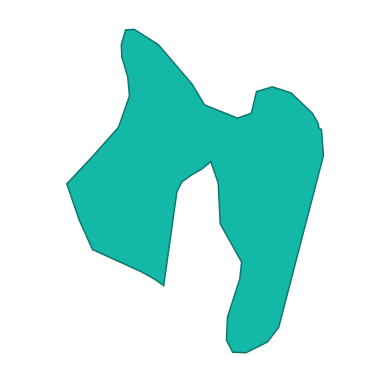 an SVG outline of Medway, rotated 98°
{"feature_id": "GBR-2678", "entity_name": "Medway", "entity_type": "Unitary Authority", "adm_level": 1, "iso_a3": "GBR", "parent_name": "United Kingdom", "parent_adm1": "", "projection": "equal_earth", "projection_center": [0.566, 51.402], "detail": "fine", "context": "isolated", "style": "filled", "palette": "teal", "viewbox_px": 384, "rotation_deg": 98, "n_neighbors": 0, "source": "natural_earth", "source_scale": "10m", "svg_char_len": 667}
<svg xmlns="http://www.w3.org/2000/svg" viewBox="0 0 384 384"><g transform="rotate(98 192 192)"><path d="M112.1,72.5L137.6,66.9L313.8,87.3L330.0,96.4L343.7,116.2L345.0,129.5L334.0,137.2L311.2,139.5L271.6,132.6L254.5,133.1L219.7,159.6L179.4,167.3L159.3,177.6L167.8,185.4L175.4,195.1L183.5,203.5L193.9,207.0L288.6,207.0L283.4,217.3L278.2,230.6L262.9,282.5L235.5,299.8L201.3,317.1L170.6,295.4L138.1,273.8L105.6,267.3L86.8,271.7L68.0,280.3L56.0,282.5L40.7,280.3L39.0,271.7L50.9,245.7L85.2,206.9L104.0,191.7L112.5,157.2L105.7,144.2L83.5,142.1L76.7,127.0L80.1,107.6L97.2,83.8L107.1,76.2L110.6,75.7L112.1,72.5Z" fill="#14b8a6" stroke="#0f766e" stroke-width="1.5"/></g></svg>